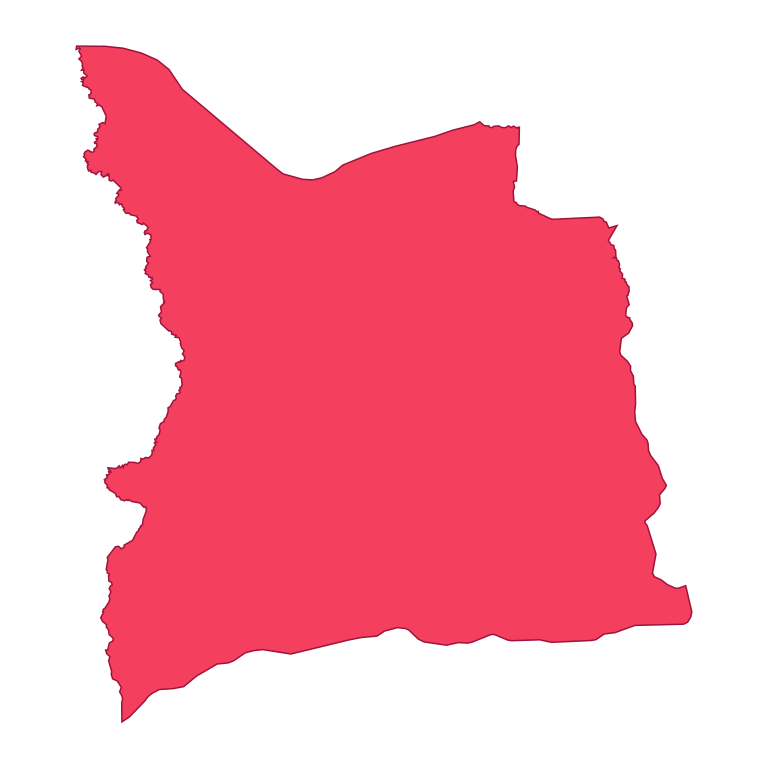 Phanom Dong Rak, Surin, Thailand (Albers equal-area conic projection)
{"feature_id": "78962969B88095074466781", "entity_name": "Phanom Dong Rak", "entity_type": "district", "adm_level": 2, "iso_a3": "THA", "parent_name": "Thailand", "parent_adm1": "Surin", "projection": "albers", "projection_center": [103.261, 14.433], "detail": "fine", "context": "isolated", "style": "filled", "palette": "rose", "viewbox_px": 768, "rotation_deg": 0, "n_neighbors": 0, "source": "geoboundaries", "source_scale": "gbopen_adm2", "svg_char_len": 6024}
<svg xmlns="http://www.w3.org/2000/svg" viewBox="0 0 768 768"><path d="M121.9,721.9L129.3,717.0L145.0,700.8L147.8,696.8L152.1,693.3L159.4,689.5L173.3,688.6L183.7,686.6L196.6,676.0L217.1,664.0L228.3,662.9L233.8,660.7L245.1,652.9L253.7,650.6L262.9,649.6L290.8,654.0L349.5,639.8L361.3,637.5L377.0,636.1L384.4,631.1L397.5,627.6L405.8,628.6L408.8,630.0L418.3,639.1L424.0,641.9L446.5,645.2L458.2,642.6L468.0,643.1L471.9,642.2L491.1,634.5L494.4,634.5L507.5,640.0L511.8,640.7L539.6,639.8L551.5,642.3L591.2,640.5L595.9,639.7L604.2,634.0L615.1,632.6L634.9,625.4L683.6,624.2L687.6,622.2L690.6,617.3L691.8,611.9L685.7,585.7L678.7,588.2L675.2,588.2L667.4,584.6L661.1,579.8L654.3,576.7L652.5,573.0L656.0,554.0L647.2,525.6L645.0,522.8L645.0,520.9L654.3,512.9L658.2,507.7L660.2,503.7L659.5,494.8L665.0,488.4L666.4,485.4L662.3,478.4L658.3,465.6L650.8,455.8L648.6,450.7L648.0,443.1L646.8,439.8L642.0,434.5L635.5,421.4L634.7,412.1L635.6,403.9L635.2,385.9L633.8,384.3L633.4,376.3L630.5,370.7L630.6,366.1L627.4,361.3L621.0,355.3L619.7,351.9L621.4,338.3L628.6,333.2L632.6,325.7L632.2,322.9L629.4,318.8L629.7,317.9L626.6,316.9L625.7,314.9L626.5,307.7L629.2,304.6L626.7,296.0L628.3,294.8L628.3,292.5L629.1,292.0L629.0,286.7L627.1,285.2L626.1,281.9L625.0,281.6L624.9,279.1L622.2,278.2L622.6,274.2L619.6,270.6L620.4,269.0L618.9,267.7L619.6,264.6L618.3,260.6L616.9,260.3L616.5,257.9L614.0,257.7L615.9,256.8L615.6,250.4L614.2,248.3L613.8,245.4L611.2,244.8L608.4,240.4L617.0,225.6L608.8,228.0L606.3,222.1L604.1,221.4L602.9,218.9L599.7,217.1L553.1,219.3L550.6,218.8L538.7,213.2L538.2,211.4L537.3,211.9L534.9,209.9L526.7,207.3L525.7,206.2L519.2,205.5L516.9,204.1L516.5,202.7L514.0,201.7L513.1,191.0L514.6,187.1L513.3,181.6L516.5,180.9L517.4,167.2L515.5,155.4L515.7,149.9L517.0,146.3L519.0,144.3L519.4,127.2L518.1,127.2L517.4,128.3L513.5,126.1L510.9,127.6L508.7,125.8L505.1,127.8L501.3,127.4L498.9,125.9L493.9,126.3L491.5,127.8L489.4,127.1L488.9,125.9L484.3,125.7L479.7,121.8L474.0,124.8L452.7,130.2L434.8,136.4L395.3,146.3L371.0,153.5L342.8,165.1L334.9,171.7L321.8,177.8L312.7,179.9L302.6,179.3L283.1,173.9L276.6,168.9L182.3,89.3L169.0,69.5L157.1,60.0L141.3,53.0L123.1,48.2L105.1,46.3L76.6,46.1L76.2,49.4L79.6,48.1L80.2,48.7L78.9,51.3L81.6,56.1L78.9,59.0L81.1,60.8L82.6,64.1L82.1,65.8L83.1,67.8L81.5,70.3L84.0,70.0L83.7,73.0L87.1,75.9L85.3,77.9L83.2,76.9L81.1,78.3L81.6,79.3L83.6,79.1L83.2,80.8L81.5,81.5L83.3,82.8L82.5,85.5L88.4,87.8L89.4,89.4L91.4,90.2L90.6,94.3L88.8,94.9L89.3,98.1L94.4,99.1L95.1,101.9L97.6,103.6L96.8,105.8L99.1,105.1L101.9,106.9L106.2,116.1L105.0,123.7L102.8,122.5L99.0,124.4L100.0,127.0L97.7,129.2L97.5,131.8L94.2,133.4L94.4,135.4L97.8,137.0L97.5,138.9L95.6,138.5L97.0,139.7L96.9,140.7L94.4,142.3L94.9,143.5L96.6,143.3L97.1,146.4L93.8,149.2L94.3,150.7L93.4,152.0L92.1,152.3L87.9,150.1L85.2,151.8L84.1,153.7L84.7,154.9L83.5,156.7L86.2,159.4L85.4,160.9L88.1,161.7L86.9,162.9L88.4,164.2L87.3,166.0L87.8,169.1L88.7,171.0L90.8,170.3L91.1,172.3L93.8,172.8L96.0,174.5L98.6,171.6L101.6,171.6L101.0,174.8L103.5,177.1L107.3,175.0L107.2,174.0L108.6,174.0L107.7,175.7L109.1,175.8L109.2,180.3L111.1,181.0L113.2,180.2L121.0,187.9L121.1,190.2L119.6,189.6L116.8,193.5L118.6,194.1L118.6,195.5L115.8,198.4L116.3,200.2L115.0,202.0L115.3,203.2L116.4,202.5L118.5,203.0L119.3,204.8L121.6,203.9L122.5,206.7L124.5,208.5L123.4,209.7L125.8,213.2L129.8,213.4L130.4,214.7L136.3,216.1L138.2,218.8L136.7,220.6L137.3,222.6L142.6,224.6L143.6,223.1L148.1,227.3L146.8,230.2L144.9,231.0L144.3,232.7L145.0,234.5L147.4,233.2L150.8,234.8L151.1,239.3L149.8,239.6L150.5,241.4L146.5,247.8L147.6,248.9L147.4,251.8L150.3,256.1L147.0,257.3L146.7,261.5L148.4,263.1L145.6,267.0L146.3,268.1L144.4,269.7L145.8,271.8L145.2,273.6L148.2,275.0L148.9,277.1L150.2,277.1L150.6,278.0L152.0,277.5L152.4,279.5L150.4,280.5L152.5,282.9L150.5,284.5L151.2,287.5L153.2,289.4L160.1,289.5L160.0,291.5L163.2,294.2L163.3,299.1L164.6,301.7L163.7,301.8L164.2,302.9L160.5,306.7L161.5,312.1L158.6,315.0L159.2,316.6L161.5,317.9L160.0,320.1L161.0,323.7L169.0,331.1L170.4,330.7L171.5,331.7L171.6,334.0L172.5,333.6L173.0,334.7L176.1,335.4L175.1,337.2L179.0,337.7L180.9,342.4L180.3,343.3L181.6,347.8L184.1,350.6L182.5,354.0L184.8,357.2L184.0,360.4L182.1,361.2L180.8,360.4L180.0,362.2L179.1,361.6L175.5,363.5L175.6,365.9L176.9,366.5L178.5,370.0L179.9,369.7L181.0,372.0L179.6,376.9L181.4,378.0L182.1,384.8L181.2,387.0L179.9,387.4L180.3,389.4L178.9,390.3L180.2,392.4L179.1,393.5L177.1,393.6L175.7,395.9L176.2,398.2L175.5,399.9L173.6,400.4L170.2,406.5L168.0,407.8L168.2,411.4L166.2,417.2L164.1,419.8L164.0,421.5L160.4,423.7L159.0,428.1L160.1,430.2L159.1,434.6L156.7,437.0L156.6,438.8L154.8,439.1L155.4,441.4L156.7,442.0L154.4,443.0L155.8,444.6L153.3,448.1L153.8,450.1L151.9,450.4L152.3,452.9L151.4,455.5L148.4,458.0L145.5,457.4L143.4,459.1L141.0,458.4L140.6,461.7L137.5,463.6L135.2,462.5L128.7,462.2L127.1,464.8L125.7,464.1L123.6,465.4L123.3,467.2L122.5,465.4L120.2,467.8L119.0,465.8L117.3,467.9L114.8,468.5L108.0,467.8L108.6,469.9L109.6,469.9L110.9,472.0L108.7,471.8L109.4,473.9L108.4,475.0L106.5,474.9L107.2,477.6L104.3,479.8L105.2,480.8L104.8,482.5L107.4,485.4L107.0,487.8L108.7,487.9L109.1,489.7L115.2,493.3L116.8,496.8L119.0,496.6L120.7,499.6L124.6,500.8L126.4,499.8L128.0,500.6L128.4,499.6L132.1,501.6L140.0,503.0L143.8,507.2L145.7,506.9L146.4,510.6L143.1,519.5L142.5,524.5L140.3,526.3L140.7,527.1L138.6,529.3L138.4,531.1L136.8,532.1L132.4,540.5L124.1,545.1L124.5,546.7L121.2,548.9L118.6,546.3L115.5,546.7L107.2,557.5L108.0,559.5L106.2,569.7L107.1,570.4L107.3,573.0L109.5,574.1L108.5,575.8L108.9,581.2L111.6,582.4L112.1,585.1L110.5,585.9L109.2,588.5L110.9,591.8L108.9,596.2L109.8,598.4L109.1,601.7L104.9,608.3L103.1,609.5L103.5,611.0L102.6,611.7L103.3,612.9L100.7,617.7L102.6,621.5L106.4,624.6L106.3,627.0L108.5,629.9L109.1,634.5L113.3,638.3L112.7,641.1L109.4,642.9L107.6,650.1L105.6,650.1L106.8,653.8L109.9,656.7L108.6,660.7L111.7,671.6L111.2,674.0L112.6,678.8L117.2,680.9L121.3,687.3L119.6,691.9L122.0,696.0L122.6,699.2L121.7,702.3L121.9,721.9Z" fill="#f43f5e" stroke="#9f1239" stroke-width="1.5"/></svg>